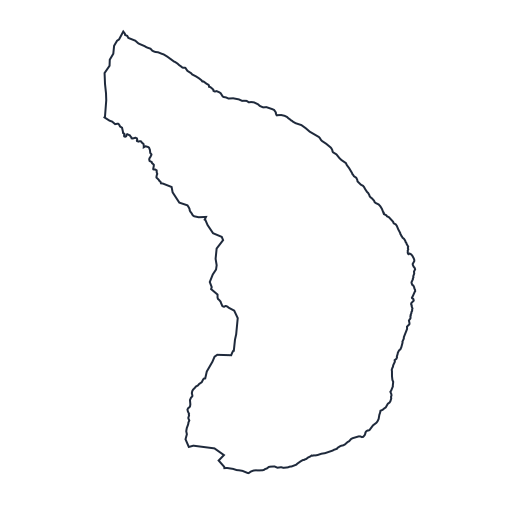 outline of West Malo, Sanma, Vanuatu, rotated 183°
{"feature_id": "77236927B10986826820410", "entity_name": "West Malo", "entity_type": "district", "adm_level": 2, "iso_a3": "VUT", "parent_name": "Vanuatu", "parent_adm1": "Sanma", "projection": "mercator", "projection_center": [167.119, -15.678], "detail": "fine", "context": "isolated", "style": "outline", "palette": "slate", "viewbox_px": 512, "rotation_deg": 183, "n_neighbors": 0, "source": "geoboundaries", "source_scale": "gbopen_adm2", "svg_char_len": 6026}
<svg xmlns="http://www.w3.org/2000/svg" viewBox="0 0 512 512"><g transform="rotate(183 256 256)"><path d="M276.5,42.5L273.8,42.8L267.8,42.2L264.1,41.2L261.4,41.1L258.2,40.7L253.1,38.9L252.0,38.8L249.8,40.5L247.3,41.6L245.6,41.9L241.1,42.1L238.2,42.4L236.9,42.8L235.8,43.7L234.0,44.4L232.2,46.0L230.5,46.4L226.5,46.8L223.5,45.7L219.9,46.4L217.5,45.9L213.1,46.6L211.3,47.4L209.4,47.7L204.7,49.8L204.1,50.6L200.8,53.2L198.7,54.6L197.0,55.0L196.8,55.3L195.1,56.0L193.6,57.4L191.2,58.7L190.0,59.7L188.9,59.5L188.1,59.9L186.0,60.0L184.0,60.5L180.2,62.0L176.8,62.7L169.3,65.7L167.9,66.6L165.1,67.7L164.5,68.7L162.1,70.4L160.9,71.0L159.2,71.4L157.4,72.4L154.8,75.0L153.3,75.9L151.5,78.2L150.0,79.1L144.1,81.2L142.4,81.3L140.8,80.7L139.5,81.0L138.1,82.8L137.5,84.5L137.6,84.9L137.2,86.0L136.5,86.9L135.4,87.6L134.3,87.7L133.5,88.2L130.3,93.0L127.0,95.8L126.0,97.3L125.0,99.7L124.5,103.9L123.9,105.9L123.6,108.0L121.5,109.0L120.2,110.3L118.5,111.6L116.6,115.4L115.0,116.6L114.2,118.0L113.5,120.8L113.8,122.4L113.4,123.8L113.6,125.1L114.7,127.4L114.0,128.6L112.5,132.9L112.6,133.7L112.4,137.5L113.3,139.4L113.9,143.0L114.2,148.1L114.5,149.4L114.0,151.3L113.4,152.6L113.3,154.0L111.8,157.7L112.1,159.2L110.4,160.7L109.9,162.2L110.1,163.0L109.4,165.7L109.3,166.8L108.2,169.2L106.9,170.4L106.1,172.5L105.1,177.2L105.3,178.1L104.1,181.2L104.1,182.7L101.3,191.1L101.5,193.4L99.3,195.8L99.2,196.9L99.9,199.5L99.3,200.7L98.8,201.2L98.4,202.3L98.7,203.5L98.3,204.5L98.6,205.0L97.8,207.2L97.9,208.0L97.2,209.4L97.3,210.6L97.0,211.8L97.9,213.8L97.9,215.0L98.4,215.4L98.6,216.2L98.3,217.3L96.2,219.6L96.2,220.0L96.7,221.4L97.9,222.0L98.1,222.5L97.2,224.4L95.6,228.6L95.2,229.1L95.4,230.6L96.1,231.7L96.4,233.0L97.4,234.8L98.5,235.4L99.3,237.4L99.3,238.0L98.1,241.0L98.2,241.7L97.7,242.8L97.9,244.0L97.1,246.7L97.4,248.7L96.4,251.1L97.1,252.7L98.0,253.5L99.0,255.5L99.1,256.3L97.7,259.1L97.7,260.2L98.3,261.8L99.8,264.3L100.8,265.4L101.4,265.9L102.8,266.5L103.2,266.3L103.6,265.8L104.3,266.2L104.7,267.3L104.6,268.0L104.8,269.2L104.3,270.7L104.8,271.9L104.5,273.3L106.2,275.9L106.7,277.2L107.3,277.7L107.8,279.1L109.1,280.9L110.7,282.0L111.3,283.2L111.9,283.7L112.5,285.0L113.1,285.7L113.2,286.5L115.3,290.0L117.0,293.5L118.1,294.9L120.1,295.8L120.6,296.5L120.8,297.3L125.3,301.7L127.3,302.5L128.0,303.5L129.7,304.2L130.3,304.7L130.5,305.3L130.7,305.1L132.7,309.6L134.4,312.1L136.2,313.9L139.1,315.1L140.3,315.9L141.0,317.4L143.3,319.7L144.7,320.6L145.6,321.6L146.1,322.9L147.3,324.8L148.5,325.8L150.5,328.5L151.7,330.5L152.8,331.7L155.0,332.7L158.5,335.8L158.9,337.4L160.0,339.4L162.4,340.8L163.4,342.3L163.9,342.6L164.4,343.8L167.6,348.6L170.1,351.6L171.1,353.5L175.7,356.3L177.8,358.1L181.0,361.7L184.5,363.6L185.0,364.3L185.3,365.6L186.2,367.2L187.0,368.2L191.7,371.7L196.1,374.3L197.2,375.3L198.4,377.1L199.4,378.1L208.9,383.0L213.0,386.2L217.5,389.1L223.4,390.7L226.2,392.1L227.0,392.8L228.0,393.2L228.8,393.9L231.1,395.4L232.2,396.4L234.8,397.5L238.2,398.1L241.6,397.8L242.5,397.5L242.8,397.7L243.6,399.2L243.6,400.0L244.0,400.8L245.6,402.8L247.4,403.5L253.4,405.2L256.6,404.8L258.1,405.3L260.1,406.1L261.9,407.6L266.0,409.3L268.8,409.5L271.2,409.1L273.5,410.4L275.8,410.4L278.0,410.2L281.3,411.5L287.1,412.3L291.7,411.8L294.3,412.8L296.8,413.1L297.7,413.7L299.8,416.7L301.1,417.5L304.0,418.6L305.6,418.1L306.6,418.4L307.2,418.8L307.2,419.6L307.7,420.2L309.7,421.8L310.7,422.4L311.7,422.5L312.0,424.0L312.5,424.5L314.5,425.5L317.3,427.4L317.9,427.6L318.2,427.4L318.9,427.6L319.6,428.6L322.3,430.5L325.3,432.2L329.3,434.0L330.3,435.1L334.2,437.3L336.4,440.2L337.2,440.3L338.8,440.2L339.8,440.6L340.9,441.5L342.6,442.5L344.4,444.0L346.9,445.5L347.9,445.8L355.1,450.5L358.8,452.5L360.7,453.0L364.4,454.3L367.3,454.5L368.9,455.0L370.3,455.6L372.2,457.5L375.4,458.4L377.1,459.1L378.1,459.7L383.8,461.8L384.8,462.3L387.8,464.7L394.9,467.1L396.1,469.1L398.3,469.9L398.6,471.2L400.3,473.2L404.1,465.1L406.0,463.7L408.7,458.5L409.1,450.5L412.3,444.4L412.2,438.3L416.8,430.8L415.8,420.0L414.3,410.6L413.7,403.6L414.1,387.4L414.6,386.5L409.4,383.5L406.7,382.7L403.6,380.3L401.0,380.9L400.3,380.8L399.0,379.2L398.7,378.3L396.5,377.1L395.4,373.2L395.2,371.9L393.9,371.2L394.0,369.5L393.9,368.6L393.6,368.4L392.7,368.3L391.9,368.8L391.6,370.3L391.0,370.9L388.2,369.8L387.5,368.7L386.6,367.9L386.4,367.0L386.0,366.9L385.2,366.9L382.6,367.8L381.1,367.2L380.7,366.0L381.0,364.9L380.8,364.5L379.3,364.1L379.0,364.3L377.7,364.6L376.6,364.3L376.1,363.4L374.3,362.1L374.1,361.7L373.8,359.8L373.8,358.7L372.0,359.8L369.2,359.1L368.5,358.6L367.5,356.4L367.0,353.4L365.8,352.1L365.7,351.7L366.5,349.7L367.5,348.0L367.7,347.0L367.5,346.1L367.2,345.3L365.1,344.4L364.6,343.2L363.7,342.6L362.8,341.7L362.8,340.4L363.2,337.7L363.1,337.2L362.4,337.0L361.1,337.1L359.7,336.3L359.5,334.2L358.9,332.8L359.3,331.7L359.6,329.5L359.4,329.0L357.2,327.1L356.5,326.0L355.3,325.2L354.7,323.6L352.9,323.5L343.9,320.5L342.6,315.2L335.4,305.3L327.1,303.0L325.6,300.9L324.8,299.4L324.6,298.2L324.0,297.0L322.3,295.0L321.8,294.0L320.6,292.8L319.7,292.4L315.2,291.7L308.0,292.4L309.5,288.8L308.7,289.9L306.0,284.4L300.1,276.5L291.2,273.3L289.7,270.1L295.7,261.4L296.2,251.1L294.8,244.7L295.2,240.4L298.2,235.3L300.8,227.6L298.6,222.6L299.1,220.6L292.4,215.5L292.2,212.3L291.6,211.0L290.7,210.4L289.0,208.6L288.5,207.3L287.0,204.3L285.8,203.7L285.1,203.7L284.0,204.4L283.6,204.5L282.8,204.3L281.8,203.9L280.7,203.0L274.9,200.3L271.0,193.0L271.7,176.8L272.6,171.4L273.2,160.2L273.8,160.1L274.7,158.2L275.6,155.6L289.5,155.3L292.1,153.3L294.0,148.1L299.1,138.1L300.3,131.1L301.5,130.9L302.3,130.0L303.6,127.1L306.1,125.2L307.2,123.7L309.2,122.5L310.2,121.1L311.9,119.2L312.6,117.7L312.9,115.7L312.2,113.2L312.3,112.5L313.5,111.1L314.4,108.7L313.8,104.4L314.0,102.5L314.4,101.7L315.9,100.3L316.4,99.0L315.9,97.2L314.6,94.9L314.8,94.1L314.5,93.2L315.1,91.0L315.0,90.2L314.0,88.3L314.8,86.1L314.8,85.2L315.1,83.8L316.1,80.6L316.5,77.4L315.7,74.4L316.8,69.3L313.1,61.8L308.6,63.3L287.4,61.7L277.6,55.5L282.6,49.8L276.7,43.8L276.5,42.5Z" fill="none" stroke="#1e293b" stroke-width="2"/></g></svg>